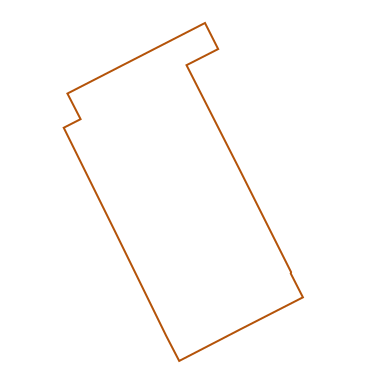 Liberty, Montana, United States of America, rotated 153°
{"feature_id": "52423323B12424842950732", "entity_name": "Liberty", "entity_type": "district", "adm_level": 2, "iso_a3": "USA", "parent_name": "United States of America", "parent_adm1": "Montana", "projection": "robinson", "projection_center": [-111.06, 48.565], "detail": "fine", "context": "isolated", "style": "outline", "palette": "amber", "viewbox_px": 384, "rotation_deg": 153, "n_neighbors": 0, "source": "geoboundaries", "source_scale": "gbopen_adm2", "svg_char_len": 351}
<svg xmlns="http://www.w3.org/2000/svg" viewBox="0 0 384 384"><g transform="rotate(153 192 192)"><path d="M103.8,307.5L103.7,336.7L258.3,336.3L258.2,307.5L277.1,307.5L278.5,191.6L280.3,75.6L280.1,47.3L242.2,47.5L211.2,47.7L141.0,47.8L141.0,74.6L140.1,75.6L139.4,191.7L139.3,307.5L103.8,307.5Z" fill="none" stroke="#b45309" stroke-width="2"/></g></svg>